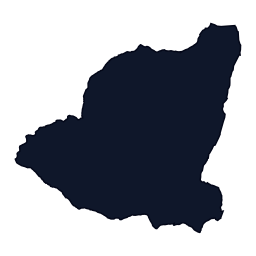 the district of Holbav, Brasov, Romania
{"feature_id": "2599482B87347061012561", "entity_name": "Holbav", "entity_type": "district", "adm_level": 2, "iso_a3": "ROU", "parent_name": "Romania", "parent_adm1": "Brasov", "projection": "mercator", "projection_center": [25.358, 45.68], "detail": "fine", "context": "isolated", "style": "filled", "palette": "ink", "viewbox_px": 256, "rotation_deg": 0, "n_neighbors": 0, "source": "geoboundaries", "source_scale": "gbopen_adm2", "svg_char_len": 5785}
<svg xmlns="http://www.w3.org/2000/svg" viewBox="0 0 256 256"><path d="M156.8,228.6L159.4,225.8L160.5,225.0L163.3,224.5L165.1,224.6L168.6,223.9L170.0,224.1L171.6,223.8L173.0,223.8L174.3,223.3L174.3,223.9L173.6,224.9L173.8,225.2L174.2,225.2L175.4,224.7L176.9,224.3L179.1,224.4L180.3,223.9L181.6,223.0L183.1,222.7L184.7,223.1L186.0,223.6L187.1,224.6L188.2,225.1L189.1,226.0L190.0,226.1L192.2,227.2L194.3,229.8L196.1,230.9L196.8,231.1L197.4,231.7L198.1,231.7L198.6,232.1L199.7,232.4L200.1,232.1L200.4,230.8L201.0,230.0L200.9,229.0L201.0,228.3L201.8,227.6L202.1,226.9L202.5,225.3L203.0,224.2L203.6,223.4L205.9,221.3L208.7,220.1L210.1,219.1L211.5,218.4L213.1,218.4L213.9,218.1L215.1,218.1L215.7,219.4L217.6,220.4L218.2,220.0L218.7,219.4L220.8,218.1L220.8,217.4L223.1,211.1L222.0,211.3L220.8,211.2L221.0,209.8L220.4,208.2L220.4,207.7L220.3,207.3L220.6,206.4L221.7,204.8L221.5,203.3L221.3,203.1L221.4,202.2L221.8,200.2L221.6,200.0L221.8,199.3L221.6,199.1L221.6,198.3L221.7,198.1L221.6,196.8L221.7,196.3L221.7,195.8L221.3,194.9L221.0,194.6L220.9,193.8L220.5,192.4L218.8,189.2L218.6,188.0L217.8,187.4L216.2,186.9L214.1,185.9L212.1,185.3L211.0,185.2L209.6,184.2L208.0,183.5L207.8,183.3L207.6,182.8L206.0,183.6L205.1,183.1L204.3,182.1L203.5,181.9L202.7,182.2L202.2,182.1L201.1,181.3L200.5,180.6L200.2,179.8L200.6,177.0L200.6,174.8L200.7,173.7L201.2,172.1L202.3,170.6L203.3,165.4L205.7,162.6L206.0,161.7L207.1,160.2L207.6,158.0L208.2,158.1L208.8,153.9L209.6,153.1L212.1,148.7L213.5,145.5L215.1,145.0L218.7,137.5L220.1,134.1L220.0,133.1L223.3,121.4L224.6,117.5L225.0,114.2L223.5,112.6L222.4,109.9L222.4,108.1L223.1,106.6L223.0,103.5L226.1,100.2L227.2,98.3L226.5,97.7L226.9,96.2L227.6,92.8L227.8,89.4L229.0,87.4L229.7,85.3L229.8,82.7L229.8,77.6L230.7,76.3L231.9,71.5L233.0,70.0L233.5,65.8L238.5,56.0L239.3,54.8L240.1,55.0L239.8,52.6L240.4,49.8L240.5,46.8L240.6,45.2L239.8,44.0L238.6,40.2L238.1,31.8L237.0,31.0L237.0,30.4L235.9,27.0L235.0,26.4L234.9,25.6L221.1,26.6L217.0,26.2L214.8,24.9L210.9,23.6L210.3,25.5L208.9,27.3L207.8,28.4L205.4,28.3L205.0,29.4L202.8,30.5L200.7,33.3L199.8,34.8L200.2,35.9L199.1,37.2L198.4,38.4L198.2,38.9L197.9,41.4L197.1,42.9L196.5,43.4L195.0,44.7L194.3,44.9L193.8,45.6L190.0,47.6L188.0,49.0L185.6,49.8L182.0,51.6L181.5,51.9L181.6,51.7L181.4,51.6L179.4,51.9L178.0,51.9L175.4,51.3L174.3,51.6L171.1,50.8L168.7,51.1L166.7,50.9L165.7,50.7L164.6,50.0L164.2,49.8L163.3,50.1L162.2,50.1L161.2,50.7L159.3,51.2L158.8,51.6L156.9,52.3L155.1,51.6L154.0,50.7L151.5,49.5L150.9,49.0L149.8,47.8L148.4,46.9L146.9,46.5L145.4,47.0L144.7,47.0L143.4,46.4L140.9,44.9L140.4,44.8L140.0,45.3L138.7,46.5L137.7,48.5L135.4,50.7L134.7,51.2L133.4,51.6L131.8,51.6L131.0,52.1L130.3,52.3L129.2,52.2L127.5,51.8L126.9,51.9L123.0,54.0L121.6,54.1L119.2,55.2L118.5,55.2L118.2,56.2L117.8,56.6L115.5,57.2L114.5,57.2L114.2,57.4L114.0,58.1L112.2,58.5L111.7,58.8L110.7,59.6L110.0,60.4L109.3,60.6L109.4,61.3L108.6,61.9L108.1,62.1L105.8,64.7L105.4,65.2L104.8,66.5L104.2,67.1L102.5,70.0L100.9,70.5L99.7,71.4L98.1,72.0L97.0,73.0L96.0,73.5L92.8,75.7L92.2,75.9L91.1,77.1L90.6,77.4L89.9,78.6L89.7,79.7L88.7,81.9L88.4,82.3L88.1,83.4L88.2,87.9L87.7,88.3L87.1,89.1L86.1,89.8L83.6,96.2L83.8,97.4L84.1,98.1L83.9,98.6L83.9,99.7L84.1,100.5L83.8,101.4L84.2,102.1L84.0,103.3L83.3,105.2L83.4,106.1L83.0,106.9L82.9,108.1L82.5,108.9L82.2,112.0L82.0,112.9L82.1,114.8L81.9,115.6L82.2,116.1L82.1,116.5L82.5,116.7L82.5,117.4L82.6,118.0L81.2,118.2L80.7,118.4L79.7,119.5L79.1,119.5L78.2,119.8L77.7,119.6L76.1,117.7L73.2,116.2L71.7,116.0L70.8,116.1L70.0,115.6L69.5,115.5L68.6,115.8L67.8,116.4L67.7,118.4L67.7,118.7L67.4,119.0L66.1,119.5L65.6,120.3L64.9,120.6L63.7,121.7L62.1,121.0L60.7,120.2L57.0,120.3L56.2,120.8L56.2,121.8L55.5,122.3L54.7,122.7L53.6,123.0L52.3,124.0L50.7,124.6L49.9,125.0L47.5,125.4L45.4,126.2L45.3,126.5L45.3,126.9L45.1,127.2L43.6,127.0L42.4,127.4L40.3,127.4L39.7,127.7L39.3,128.1L38.7,129.0L38.6,129.8L36.2,131.4L35.5,132.2L35.8,133.6L35.1,135.0L34.8,135.2L34.1,135.6L32.1,135.7L30.7,135.2L29.6,135.1L28.9,135.4L28.4,135.0L27.9,135.3L26.6,135.7L26.3,136.0L25.9,136.8L26.4,137.7L26.8,139.2L26.8,140.3L27.0,141.1L26.4,142.7L24.1,144.1L22.8,144.6L20.9,145.7L20.1,146.0L19.8,146.3L19.6,147.6L19.8,148.7L19.9,150.0L19.8,151.3L19.3,151.7L18.3,152.2L17.2,153.4L17.2,154.3L17.5,155.6L17.3,156.8L16.7,158.2L16.3,158.7L15.4,159.0L15.4,159.5L16.8,162.7L18.4,163.8L20.0,164.7L20.7,165.0L21.3,165.5L25.5,166.7L26.4,167.2L26.9,167.2L27.4,167.6L29.3,167.5L31.1,167.7L32.2,169.0L33.1,169.6L34.5,171.1L35.5,171.8L38.1,175.1L38.6,175.4L38.7,175.9L39.6,176.6L40.5,176.8L40.9,177.3L41.1,177.9L42.4,179.7L43.2,180.0L43.9,181.5L44.7,182.3L45.3,182.6L45.8,183.2L46.3,183.1L47.0,183.3L47.5,183.7L47.9,184.3L48.7,184.4L49.0,184.9L49.8,185.0L50.2,185.3L50.5,186.2L50.8,186.4L51.6,186.5L52.4,187.0L53.6,186.9L55.1,187.3L55.6,187.6L57.1,187.9L59.1,189.7L62.1,191.8L62.6,192.6L62.8,193.5L63.5,194.6L64.3,195.4L65.3,197.0L65.8,197.2L66.0,197.7L66.8,197.6L68.6,198.9L69.9,200.4L72.1,203.9L72.5,204.3L73.5,205.5L74.9,206.0L76.1,207.1L77.2,207.6L77.9,208.4L79.0,209.0L79.4,209.0L81.1,208.0L83.4,207.9L84.5,207.6L86.4,208.4L89.8,209.1L90.2,209.8L91.2,209.6L92.5,210.2L94.7,210.7L95.2,210.6L96.1,211.0L96.3,211.4L97.0,211.4L97.6,212.1L98.2,212.1L99.2,212.7L100.3,212.8L103.4,214.5L104.4,215.3L105.5,215.7L105.8,216.1L106.3,216.1L107.2,217.2L107.4,217.6L109.0,218.2L109.6,218.0L109.9,218.5L111.0,218.9L114.0,218.9L114.9,218.2L116.2,217.8L116.8,218.0L118.3,218.0L119.2,218.3L119.7,219.2L120.1,219.6L120.9,219.6L121.5,219.5L123.6,218.3L127.1,217.3L128.2,216.4L130.1,216.0L132.2,214.7L133.4,215.1L135.4,215.2L138.8,214.6L140.6,214.8L142.7,214.1L143.2,214.2L145.0,214.1L146.4,214.5L147.1,214.5L147.9,215.4L148.5,216.3L148.7,217.2L150.4,220.8L152.4,224.0L152.5,224.9L153.0,226.0L155.6,228.4L156.8,228.6Z" fill="#0f172a" stroke="#020617" stroke-width="1.5"/></svg>